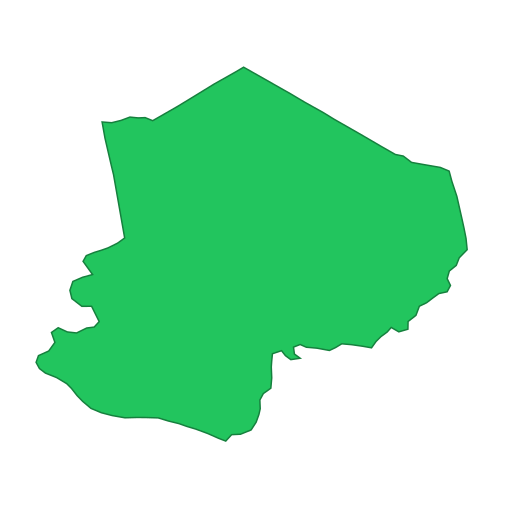 the district of Jaboatão dos Guararapes, Pernambuco, Brazil, rotated 95°
{"feature_id": "56859067B18632556721053", "entity_name": "Jaboatão dos Guararapes", "entity_type": "district", "adm_level": 2, "iso_a3": "BRA", "parent_name": "Brazil", "parent_adm1": "Pernambuco", "projection": "robinson", "projection_center": [-34.985, -8.149], "detail": "fine", "context": "isolated", "style": "filled", "palette": "green", "viewbox_px": 512, "rotation_deg": 95, "n_neighbors": 0, "source": "geoboundaries", "source_scale": "gbopen_adm2", "svg_char_len": 1688}
<svg xmlns="http://www.w3.org/2000/svg" viewBox="0 0 512 512"><g transform="rotate(95 256 256)"><path d="M403.9,428.4L410.7,422.0L416.0,415.9L422.2,407.1L425.6,396.5L427.5,385.3L428.6,372.5L427.2,360.4L426.5,351.6L425.8,339.3L428.0,329.0L429.7,318.1L431.8,310.0L433.7,300.8L437.1,288.4L440.9,277.3L443.0,270.0L436.1,264.7L434.9,255.9L429.7,245.7L421.6,241.4L413.7,239.3L407.8,238.5L399.1,239.6L392.4,236.7L386.4,229.7L376.1,229.7L365.2,231.1L359.4,231.2L351.9,231.1L348.1,222.3L352.7,218.0L356.2,212.3L354.0,203.1L350.3,209.2L343.5,210.7L340.3,204.3L342.5,197.9L342.5,187.3L343.7,174.6L340.3,168.8L336.0,162.9L336.0,153.0L336.6,142.0L337.4,132.9L330.6,128.9L325.4,124.5L320.3,118.7L315.4,115.1L319.1,107.1L315.7,98.3L308.0,98.8L301.2,91.5L291.8,88.9L287.7,82.0L282.5,76.3L277.5,70.6L275.0,62.5L268.4,59.7L261.9,63.6L254.1,62.1L247.9,55.7L240.1,53.4L231.3,46.2L220.2,48.3L210.2,51.2L202.2,53.7L194.7,56.1L179.1,61.1L164.5,67.4L154.6,71.0L151.7,80.1L150.4,95.7L149.2,109.2L143.6,118.0L142.7,126.1L135.5,141.7L126.8,160.1L112.9,190.2L107.5,201.0L98.4,221.2L94.8,228.7L91.6,235.3L88.0,243.2L69.0,284.8L74.3,292.2L88.2,312.5L102.3,331.5L113.7,347.0L130.2,370.7L127.8,378.5L128.7,385.3L128.6,393.7L132.7,402.3L135.8,411.4L135.9,421.0L151.8,416.7L178.8,407.9L187.4,405.0L249.5,388.4L255.3,395.1L260.9,404.3L263.8,410.7L266.5,417.4L270.4,425.1L276.4,427.8L288.7,417.2L292.3,426.9L297.3,436.2L306.4,438.4L314.5,435.7L321.3,425.1L320.4,415.4L335.0,406.5L340.9,411.0L342.5,418.4L348.3,428.0L348.1,437.3L344.7,446.8L350.0,453.1L359.6,448.8L368.7,454.2L374.2,464.0L381.1,465.8L387.0,461.9L391.0,455.6L394.5,444.0L399.7,433.4L403.9,428.4Z" fill="#22c55e" stroke="#15803d" stroke-width="1.5"/></g></svg>